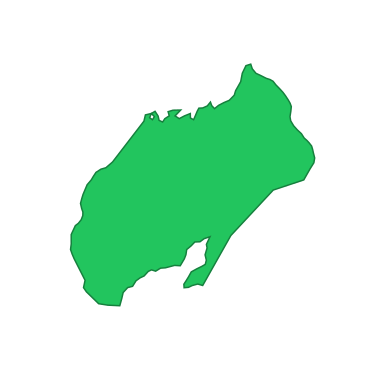 Porto de Pedras, Alagoas, Brazil (orthographic projection), rotated 295°
{"feature_id": "56859067B20815051072024", "entity_name": "Porto de Pedras", "entity_type": "district", "adm_level": 2, "iso_a3": "BRA", "parent_name": "Brazil", "parent_adm1": "Alagoas", "projection": "orthographic", "projection_center": [-35.401, -9.149], "detail": "fine", "context": "isolated", "style": "filled", "palette": "green", "viewbox_px": 384, "rotation_deg": 295, "n_neighbors": 0, "source": "geoboundaries", "source_scale": "gbopen_adm2", "svg_char_len": 1836}
<svg xmlns="http://www.w3.org/2000/svg" viewBox="0 0 384 384"><g transform="rotate(295 192 192)"><path d="M307.0,189.1L302.3,188.7L297.6,189.4L290.8,187.0L286.6,183.2L281.8,179.5L277.1,177.2L278.6,173.4L281.3,170.7L276.5,169.5L272.7,166.2L270.9,162.8L267.5,162.6L262.4,162.8L258.2,162.9L258.4,159.3L262.4,157.3L257.8,153.0L253.1,149.4L253.8,144.5L261.5,147.1L258.1,140.2L254.7,136.4L251.4,139.2L247.0,136.4L243.0,135.8L243.0,131.9L246.5,129.2L249.5,124.4L246.0,122.0L242.2,117.2L235.9,118.5L185.6,107.3L177.6,103.7L174.2,99.8L169.2,96.7L164.5,96.0L160.4,95.6L154.3,93.9L148.7,94.1L143.6,94.3L139.4,94.9L134.5,95.8L130.4,99.0L127.7,101.6L124.5,103.0L120.0,103.3L115.5,102.2L112.3,100.5L107.6,100.5L102.4,100.5L97.9,102.6L93.9,104.5L88.6,106.2L84.9,109.8L81.7,113.4L66.8,132.4L59.5,134.1L56.9,138.5L51.3,154.6L53.9,163.6L58.4,174.6L65.6,173.4L71.8,172.1L78.2,174.1L81.4,178.0L87.9,178.8L92.2,181.2L95.7,184.1L101.5,185.9L104.3,188.2L104.9,192.5L109.7,195.7L112.1,200.0L118.1,207.2L120.2,212.5L128.2,213.3L132.6,213.0L137.6,211.5L142.9,214.0L147.9,215.7L150.3,220.3L154.8,222.7L159.1,227.2L150.6,227.2L147.7,229.3L140.6,230.4L136.3,233.8L132.0,234.6L128.7,232.3L124.5,228.9L119.3,225.1L113.6,224.7L109.3,224.2L105.0,223.6L101.9,225.3L104.1,229.1L107.3,231.7L111.0,236.1L111.8,241.2L169.0,245.6L228.1,264.8L250.2,288.2L262.7,289.2L270.0,290.1L274.7,288.8L278.6,285.6L281.6,283.3L284.2,281.0L286.0,277.5L287.3,274.3L288.3,270.9L291.1,266.5L292.8,261.2L295.0,256.1L298.2,251.4L301.6,249.0L307.1,247.4L311.4,245.9L313.9,243.4L315.9,240.6L318.7,236.1L320.8,232.2L322.8,227.4L324.6,222.6L326.6,218.7L326.9,215.2L326.4,211.2L326.6,205.0L326.6,199.8L329.1,194.6L332.7,191.2L329.3,187.5L320.9,187.4L312.6,189.5L307.0,189.1ZM246.0,122.0L244.4,126.1L240.8,125.6L241.4,122.2L246.0,122.0Z" fill="#22c55e" stroke="#15803d" stroke-width="1.5"/></g></svg>